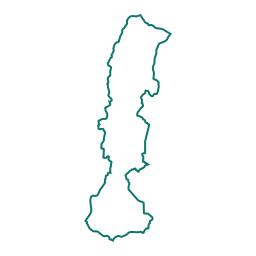 map outline of Manica (Robinson projection)
{"feature_id": "MOZ-1192", "entity_name": "Manica", "entity_type": "Province", "adm_level": 1, "iso_a3": "MOZ", "parent_name": "Mozambique", "parent_adm1": "", "projection": "robinson", "projection_center": [33.487, -18.999], "detail": "fine", "context": "isolated", "style": "outline", "palette": "teal", "viewbox_px": 256, "rotation_deg": 0, "n_neighbors": 0, "source": "natural_earth", "source_scale": "10m", "svg_char_len": 5861}
<svg xmlns="http://www.w3.org/2000/svg" viewBox="0 0 256 256"><path d="M109.7,102.6L110.5,101.3L111.6,100.4L111.8,99.9L111.5,99.1L110.8,98.3L109.1,96.7L108.5,95.8L108.3,95.1L108.4,94.8L108.9,93.9L109.2,92.9L109.3,92.6L109.1,91.2L107.8,86.7L107.7,85.7L108.0,84.5L107.5,83.9L107.4,83.5L107.6,83.1L108.2,82.6L108.4,82.1L108.3,81.3L107.9,80.1L107.8,79.2L107.9,78.4L108.1,77.5L108.6,76.8L109.2,76.4L110.1,75.7L110.3,74.1L110.2,72.2L110.3,70.6L110.9,69.0L111.1,68.1L110.9,67.2L110.4,66.5L109.0,65.8L108.3,65.2L108.2,64.8L107.8,63.4L107.8,62.9L108.0,62.6L108.3,62.4L108.6,62.0L110.1,58.8L110.6,57.9L111.6,57.5L111.9,56.3L111.8,55.7L111.5,55.1L111.6,54.8L112.3,53.8L113.7,50.7L113.8,50.3L113.8,50.1L113.4,49.0L113.4,48.6L113.8,47.4L113.8,46.5L114.3,45.2L115.0,44.0L115.7,43.3L116.3,42.6L116.6,42.5L118.2,42.1L118.8,41.6L118.9,41.4L119.3,39.7L120.5,35.7L121.9,33.4L122.1,32.9L122.1,32.6L122.1,32.1L122.3,31.4L122.2,30.5L122.4,29.7L123.1,28.7L123.6,28.3L124.2,28.1L124.4,27.9L124.7,27.0L126.9,24.0L127.1,23.6L127.1,23.3L126.9,22.7L127.0,21.5L126.9,20.5L127.2,20.2L128.4,18.2L129.2,17.3L130.2,16.6L131.2,16.2L132.5,16.0L136.3,16.4L136.9,16.3L138.6,15.6L139.1,15.5L140.5,15.5L140.6,15.4L141.3,16.2L142.3,18.2L143.6,19.9L144.8,22.0L145.5,22.6L146.5,23.2L146.9,23.3L147.6,23.4L148.0,23.6L148.3,24.7L148.6,25.2L149.2,25.3L150.6,25.0L151.2,25.0L152.4,25.4L153.1,25.7L155.0,27.5L155.6,27.9L156.3,28.2L158.8,28.4L161.4,28.9L163.4,29.6L170.5,33.9L168.3,36.8L167.5,38.6L167.1,39.3L165.9,40.6L165.7,40.8L162.9,42.2L160.7,42.9L159.5,43.5L158.9,44.0L158.7,44.4L156.5,49.5L156.4,49.8L156.3,50.4L156.4,52.9L156.3,53.7L156.0,54.6L155.4,56.2L154.8,58.1L154.5,60.2L154.5,62.5L154.4,63.1L152.9,67.1L152.8,67.7L152.8,68.3L153.9,72.9L154.0,73.5L153.5,77.7L153.5,78.3L153.5,78.8L153.9,79.1L157.0,80.4L157.2,80.6L158.0,81.6L158.4,82.0L158.6,82.3L158.7,82.7L158.4,84.6L158.7,85.3L158.7,86.5L158.5,88.3L157.6,92.1L157.1,93.4L156.5,94.1L154.9,93.8L154.4,93.9L154.0,94.3L152.8,96.0L152.6,96.2L152.1,96.2L151.3,95.9L150.8,95.6L150.5,95.1L149.7,94.5L149.3,94.0L149.0,92.8L148.7,92.0L147.9,91.1L147.4,90.9L145.7,90.6L145.4,91.2L145.2,92.5L145.0,93.0L144.1,93.9L143.2,94.4L142.6,95.0L142.0,95.8L141.0,97.0L140.9,97.3L141.0,97.8L141.9,99.6L142.1,100.2L142.1,101.3L141.7,102.6L141.7,103.0L141.8,103.2L142.4,103.3L142.6,104.3L143.0,105.1L143.1,105.8L142.3,107.0L141.5,107.4L140.8,108.4L140.3,108.9L139.4,110.2L138.3,111.5L137.8,112.2L137.6,112.7L137.2,114.2L137.1,114.8L137.5,115.8L138.8,115.9L139.3,116.0L140.6,116.9L141.9,117.4L142.3,117.7L142.6,118.2L142.9,119.1L143.3,119.4L144.5,119.9L144.8,120.3L145.1,120.7L145.5,122.2L145.9,122.7L146.2,122.8L147.1,123.0L147.6,123.3L148.0,124.1L148.4,124.5L148.9,124.7L149.1,124.7L148.9,126.1L145.1,141.4L145.1,152.2L145.0,153.0L144.8,153.2L144.3,153.3L143.4,153.4L142.7,153.5L142.3,153.8L142.1,154.4L142.4,155.3L143.3,156.9L143.3,158.4L143.1,160.5L143.2,161.8L144.5,161.8L144.8,162.1L145.0,162.7L145.3,163.0L146.4,163.2L146.7,163.4L147.3,164.0L148.0,164.4L147.2,164.8L146.2,164.9L145.8,165.3L144.9,165.9L144.6,166.4L144.2,167.2L143.7,167.6L142.2,168.3L141.4,169.0L140.2,169.3L139.6,169.6L138.6,171.5L137.9,171.6L137.6,171.4L136.6,170.3L135.8,169.9L135.5,168.7L135.3,168.6L135.0,168.5L133.7,169.3L132.5,169.3L132.1,169.4L131.2,170.3L130.0,170.8L129.4,171.4L129.2,171.7L125.8,174.8L125.6,175.0L125.6,175.3L126.5,179.0L126.8,179.3L127.8,179.7L128.2,180.1L128.5,182.0L129.1,182.9L129.4,183.5L129.4,184.1L128.6,186.2L128.5,186.8L128.6,189.0L128.7,189.6L138.1,200.3L138.6,200.6L143.1,202.4L143.5,202.7L143.7,203.2L143.7,203.8L143.9,212.7L144.0,213.2L144.3,213.4L144.8,213.5L147.8,213.7L148.2,213.9L152.0,217.0L152.4,217.6L152.5,218.1L152.5,218.6L152.3,219.3L151.9,219.8L151.6,220.1L150.2,220.8L149.8,221.5L149.8,221.9L149.9,222.8L149.8,223.4L148.9,224.1L148.7,224.7L148.6,225.2L148.4,228.3L146.5,228.5L145.9,228.9L145.1,229.8L144.1,231.4L143.7,232.5L143.3,232.7L142.9,232.9L142.5,233.0L142.3,232.8L141.9,232.1L141.1,231.8L140.2,231.9L138.1,232.3L131.6,231.9L130.1,232.1L128.8,232.6L126.2,234.8L125.4,235.4L123.9,235.7L122.5,236.5L121.7,236.8L120.8,236.7L119.3,236.1L118.5,235.9L117.8,236.0L115.5,237.1L114.8,237.6L114.1,238.3L113.5,239.2L112.9,240.6L112.2,240.4L111.2,239.5L109.8,239.4L109.5,239.1L109.4,237.8L109.1,237.2L108.5,236.6L107.8,236.1L107.3,235.9L106.7,235.9L104.6,236.2L103.9,236.1L103.2,235.9L102.7,235.6L98.4,232.1L97.0,231.4L96.2,231.3L93.8,231.4L93.2,231.2L91.1,229.7L89.5,228.2L86.7,222.9L87.0,222.2L86.9,221.9L86.6,221.8L86.2,221.3L85.7,221.0L85.5,220.6L90.3,213.9L91.1,212.0L91.4,210.4L90.3,201.2L90.4,199.4L90.8,197.6L92.0,195.9L93.6,195.7L95.4,195.9L97.0,195.6L97.9,194.5L100.3,189.4L104.4,183.8L104.7,183.3L104.9,182.7L105.2,181.3L105.2,181.0L104.9,180.4L104.9,180.1L105.0,179.7L105.5,178.7L105.6,178.0L105.9,175.9L106.3,175.5L107.5,175.2L107.8,174.5L108.0,173.2L108.5,172.7L110.5,172.8L110.2,171.4L110.3,168.2L111.0,165.7L111.1,163.9L111.3,162.9L111.5,162.0L111.1,161.6L110.3,161.2L109.4,160.6L108.8,159.9L108.5,159.2L108.8,157.5L108.8,156.6L108.1,156.2L107.4,156.4L106.3,157.7L105.4,158.0L104.5,157.9L103.9,157.7L103.4,157.3L103.3,156.3L103.4,155.9L103.8,155.1L103.6,153.7L103.9,150.6L103.9,149.8L103.6,148.8L103.1,148.6L102.4,148.7L101.7,148.7L101.3,148.2L101.3,147.3L101.5,145.5L101.4,144.2L101.5,143.8L102.9,142.1L103.5,141.1L103.8,140.4L103.9,139.6L103.9,138.5L105.0,133.1L104.8,131.7L104.5,131.2L103.8,130.6L103.4,129.3L103.2,129.1L102.8,128.9L102.1,128.8L99.8,129.2L99.3,129.2L98.9,129.0L98.6,128.6L98.5,128.1L98.5,127.5L98.5,127.0L98.2,126.1L98.2,125.5L98.6,125.2L99.5,124.6L99.0,124.2L98.8,123.6L98.5,121.2L98.6,120.8L102.2,119.0L103.3,118.8L104.9,118.9L105.9,118.8L106.5,118.2L106.9,117.3L107.2,116.2L107.3,114.7L107.0,113.5L105.8,111.1L105.4,109.5L105.2,108.6L105.3,107.9L105.8,107.3L107.2,106.8L109.4,105.5L110.1,104.9L110.3,104.0L110.2,103.6L109.7,103.0L109.6,102.5L109.7,102.6Z" fill="none" stroke="#0f766e" stroke-width="2"/></svg>